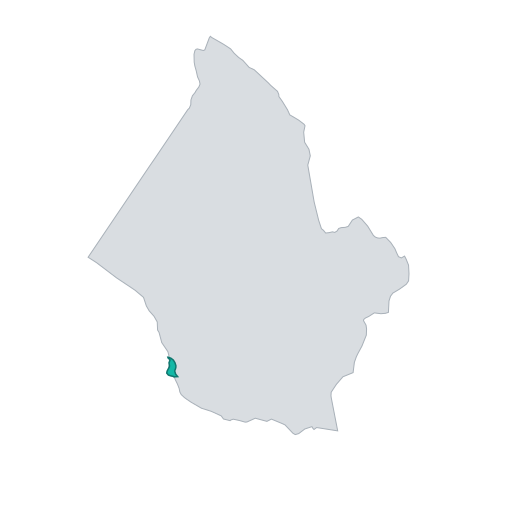 location of Bukwa within Uganda, rotated 124°
{"feature_id": "UGA-3113", "entity_name": "Bukwa", "entity_type": "County", "adm_level": 1, "iso_a3": "UGA", "parent_name": "Uganda", "parent_adm1": "", "projection": "orthographic", "projection_center": [34.655, 1.256], "detail": "fine", "context": "in_parent", "style": "filled", "palette": "teal", "viewbox_px": 512, "rotation_deg": 124, "n_neighbors": 0, "source": "natural_earth", "source_scale": "10m", "svg_char_len": 2688}
<svg xmlns="http://www.w3.org/2000/svg" viewBox="0 0 512 512"><g transform="rotate(124 256 256)"><path d="M350.9,394.5L344.6,394.5L334.2,394.5L323.9,394.5L313.5,394.5L303.2,394.5L292.8,394.5L282.5,394.5L272.1,394.5L261.8,394.5L251.4,394.5L241.1,394.5L230.7,394.4L220.4,394.4L210.1,394.4L199.7,394.4L189.4,394.4L179.1,394.4L173.0,394.4L171.7,394.2L170.9,393.9L167.0,394.7L163.0,397.2L158.7,398.3L154.1,397.9L153.5,398.1L151.2,398.1L147.9,397.9L144.8,398.5L142.5,400.8L140.2,404.6L136.0,409.0L132.7,412.9L129.9,415.6L123.4,420.2L119.9,421.5L118.2,421.3L117.1,420.4L115.1,414.6L113.8,413.7L101.3,416.7L99.4,416.7L99.6,414.9L98.6,401.2L98.5,392.8L100.1,387.6L101.1,381.5L101.2,376.2L103.5,367.1L102.6,361.6L105.6,342.5L106.3,339.4L107.5,330.2L109.4,327.4L111.0,326.2L113.1,320.6L117.2,311.6L120.1,306.9L119.5,296.7L119.9,289.8L120.6,288.2L126.7,285.7L134.5,279.3L137.9,271.8L142.6,267.0L151.7,263.9L178.7,238.0L191.3,224.1L196.8,217.0L197.0,214.4L198.0,211.1L195.8,208.5L193.2,206.1L192.4,203.9L190.1,202.8L186.9,202.8L184.8,201.2L182.4,198.1L179.9,196.1L172.3,196.2L166.4,193.0L166.5,188.7L168.8,180.1L173.3,170.2L173.6,167.5L173.0,165.2L171.9,163.2L169.9,161.3L168.0,158.9L169.5,151.8L172.3,144.9L174.6,141.4L176.9,137.5L176.3,134.4L173.0,132.8L174.7,129.7L178.3,124.4L185.2,119.2L191.3,115.6L195.3,115.6L203.2,118.5L210.2,121.8L214.1,122.0L218.9,120.6L228.7,114.7L231.1,116.6L234.0,120.2L237.0,126.1L243.2,128.8L246.2,130.6L248.3,131.2L249.5,130.7L251.8,126.1L254.7,123.5L259.9,120.3L271.5,117.8L279.8,117.0L283.3,116.5L289.1,115.0L298.4,110.3L307.5,116.4L317.4,117.6L326.9,117.5L329.9,115.7L331.5,114.3L341.6,104.2L355.3,90.5L364.3,109.8L367.4,110.9L367.0,112.6L366.2,114.2L372.1,118.8L379.4,121.3L382.1,123.6L382.3,126.2L379.8,137.5L380.3,140.7L382.6,152.0L387.0,154.5L390.9,165.9L398.7,170.7L399.8,172.1L401.6,177.6L404.0,183.6L405.8,185.0L407.0,185.4L409.3,191.8L408.0,195.4L409.8,206.3L412.7,216.1L413.5,227.8L413.5,232.9L413.4,236.1L412.7,240.5L411.3,243.1L408.8,245.6L406.1,249.5L403.7,253.7L402.2,255.8L403.3,262.1L403.0,263.7L402.4,264.5L398.9,265.5L394.3,267.2L391.6,268.9L387.7,272.1L384.6,275.5L380.5,285.7L373.6,293.6L372.4,296.2L365.9,301.0L363.0,306.8L361.2,313.9L358.7,319.0L353.2,326.1L352.0,337.2L352.1,359.4L350.7,384.6L350.9,394.5Z" fill="#d9dde1" stroke="#a8b0b8" stroke-width="1"/><path d="M389.6,272.0L389.2,272.5L389.0,272.2L388.3,269.3L388.5,266.3L389.8,263.5L391.7,261.1L393.1,260.2L394.7,259.6L395.9,259.4L397.0,258.9L398.9,256.5L399.8,253.5L402.0,256.3L402.1,257.4L403.1,259.8L403.7,262.1L403.0,264.5L401.2,265.3L396.4,265.8L395.2,266.5L393.2,268.4L390.3,269.1L389.9,270.1L389.8,271.5L389.6,272.0Z" fill="#14b8a6" stroke="#0f766e" stroke-width="1.5"/></g></svg>